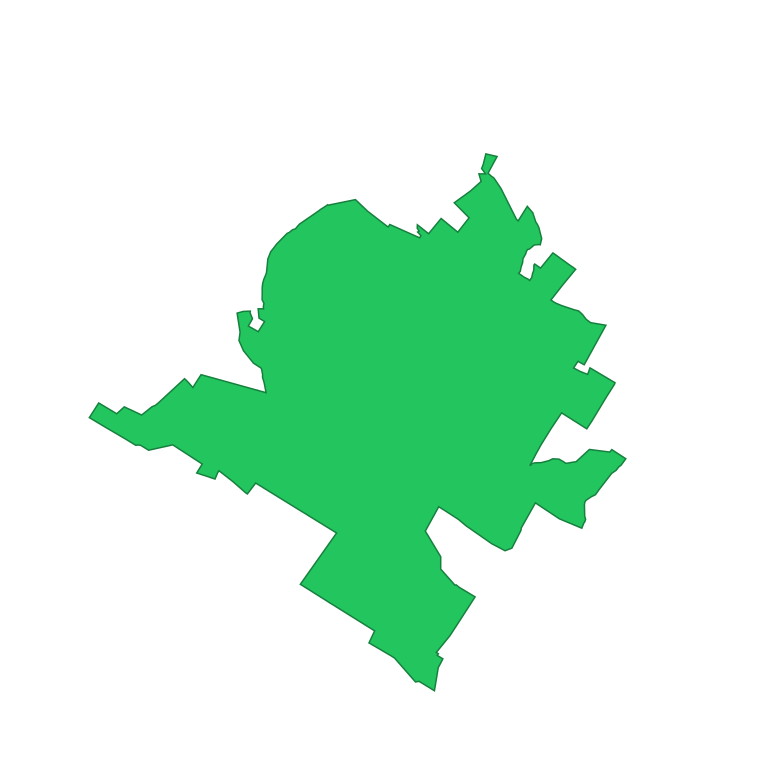 the district of Tahmek, Yucatán, Mexico, rotated 296°
{"feature_id": "50627088B83810267980946", "entity_name": "Tahmek", "entity_type": "district", "adm_level": 2, "iso_a3": "MEX", "parent_name": "Mexico", "parent_adm1": "Yucatán", "projection": "robinson", "projection_center": [-89.276, 20.901], "detail": "fine", "context": "isolated", "style": "filled", "palette": "green", "viewbox_px": 768, "rotation_deg": 296, "n_neighbors": 0, "source": "geoboundaries", "source_scale": "gbopen_adm2", "svg_char_len": 3483}
<svg xmlns="http://www.w3.org/2000/svg" viewBox="0 0 768 768"><g transform="rotate(296 384 384)"><path d="M383.8,623.7L403.5,627.8L408.2,630.5L412.2,631.3L415.0,632.7L422.8,634.1L424.9,617.5L421.8,616.7L415.2,597.3L398.3,590.7L396.6,588.1L393.5,583.9L392.4,582.0L393.0,578.3L392.9,577.9L393.2,574.2L390.7,568.4L387.4,565.8L382.2,559.7L379.3,554.2L377.0,551.6L375.2,551.5L375.2,551.2L375.2,550.9L388.4,551.3L398.0,551.8L416.9,553.7L435.9,556.3L432.6,585.9L441.8,587.1L456.3,588.4L466.6,589.3L471.7,589.8L476.6,590.4L484.2,591.2L484.5,591.3L486.4,591.1L487.3,580.5L487.6,576.8L488.8,562.1L481.9,562.8L481.3,554.8L481.5,547.4L489.4,548.4L489.1,554.2L489.1,555.5L534.1,557.7L529.7,542.8L530.7,537.5L533.6,531.7L535.0,526.9L534.0,521.9L534.0,521.6L532.8,512.8L532.3,508.6L532.1,505.0L532.0,503.6L532.1,500.9L532.7,497.2L551.8,501.3L570.4,505.8L571.1,506.0L571.4,504.6L572.5,497.6L575.9,478.4L575.4,478.2L556.8,473.9L557.9,466.9L556.6,466.6L556.4,466.7L552.5,468.5L550.7,468.9L548.8,469.0L544.4,470.1L540.9,469.5L541.4,467.6L541.4,463.4L542.5,456.5L545.0,457.1L549.0,456.0L553.8,455.4L557.8,453.9L558.9,454.1L563.7,454.3L564.7,453.9L567.7,454.0L569.1,455.6L574.6,458.0L575.1,458.6L576.1,460.2L577.7,463.1L577.7,463.4L583.8,462.0L592.4,454.7L594.7,451.9L596.1,449.5L603.1,442.7L606.5,434.9L589.4,433.1L590.1,430.8L610.9,403.6L616.6,393.8L617.5,392.0L617.7,389.9L619.1,385.1L638.0,385.9L635.5,374.7L629.6,375.9L625.1,376.9L620.4,377.3L617.4,383.2L614.5,377.2L608.6,382.5L595.4,377.1L577.7,367.7L570.7,387.6L552.8,383.8L553.2,382.2L557.8,362.8L538.7,358.2L539.2,355.8L541.7,344.2L538.5,345.6L536.7,348.6L535.3,347.6L533.5,352.2L531.0,351.9L529.9,319.3L527.1,319.0L527.0,318.3L532.1,293.6L537.2,277.5L520.3,255.5L520.4,254.8L517.2,253.0L512.8,250.2L512.1,250.0L506.7,247.0L490.6,237.9L488.8,237.4L484.7,236.4L482.6,234.2L480.7,233.3L478.7,232.4L476.9,230.9L472.4,229.4L462.8,226.2L457.3,225.1L453.2,224.2L445.4,224.8L435.5,228.5L432.3,229.6L429.4,229.9L425.2,230.1L421.1,230.9L416.9,232.4L412.7,234.5L406.3,237.5L403.9,240.7L400.7,241.6L398.7,242.8L396.5,237.9L388.4,242.8L387.8,249.3L375.9,248.0L376.6,236.7L385.0,237.2L389.3,232.4L390.9,231.9L387.5,225.6L383.3,220.9L367.5,231.9L367.3,232.0L359.5,234.6L352.3,243.1L345.5,257.6L344.5,265.9L344.1,267.1L340.7,269.7L339.0,270.9L336.9,271.8L332.5,275.8L330.9,277.0L324.5,281.8L312.2,215.5L300.4,214.1L297.0,213.8L299.4,208.1L300.8,204.3L301.3,202.4L300.7,202.2L300.3,202.0L268.4,189.6L264.6,187.9L261.8,185.4L249.9,179.8L249.6,161.1L249.6,160.9L249.6,160.6L240.1,156.8L241.9,135.9L224.6,133.9L223.2,150.2L223.2,150.4L223.1,151.2L221.4,173.4L220.1,187.7L221.5,190.0L222.2,192.0L221.3,201.5L236.7,220.8L232.4,255.7L221.9,254.7L224.5,273.8L231.2,273.4L233.7,273.7L229.9,291.5L225.6,307.2L225.3,309.4L238.7,312.1L229.3,406.7L167.3,396.6L164.6,421.5L163.5,431.2L163.5,431.5L158.0,483.8L144.7,484.0L142.8,509.3L142.3,513.6L130.0,542.9L132.1,545.9L130.4,563.8L152.5,557.2L152.8,557.1L153.2,557.1L157.7,557.3L162.8,557.4L163.4,550.8L165.4,551.1L165.6,548.7L179.0,551.8L186.7,553.6L198.5,555.1L208.4,556.3L232.6,559.2L234.2,541.0L235.1,536.9L234.3,535.9L242.5,516.1L253.6,510.7L269.9,485.6L297.7,487.0L297.4,489.5L297.1,492.1L296.9,494.2L296.7,495.7L294.9,510.4L292.5,520.0L287.7,550.6L287.2,565.9L292.5,570.9L312.2,571.3L315.0,570.5L343.5,572.2L339.7,600.8L341.1,625.0L346.5,624.6L347.9,624.9L350.8,624.5L353.1,622.4L363.1,617.2L365.7,616.3L368.0,616.6L373.5,619.7L377.2,622.6L383.8,623.7Z" fill="#22c55e" stroke="#15803d" stroke-width="1.5"/></g></svg>